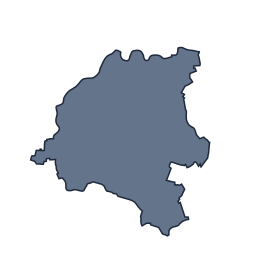 Binh Giang, Hải Dương, Vietnam (Mercator projection), rotated 286°
{"feature_id": "81297802B56696175700764", "entity_name": "Binh Giang", "entity_type": "district", "adm_level": 2, "iso_a3": "VNM", "parent_name": "Vietnam", "parent_adm1": "Hải Dương", "projection": "mercator", "projection_center": [106.189, 20.876], "detail": "fine", "context": "isolated", "style": "filled", "palette": "slate", "viewbox_px": 256, "rotation_deg": 286, "n_neighbors": 0, "source": "geoboundaries", "source_scale": "gbopen_adm2", "svg_char_len": 5768}
<svg xmlns="http://www.w3.org/2000/svg" viewBox="0 0 256 256"><g transform="rotate(286 128 128)"><path d="M56.8,211.4L58.9,210.5L58.7,209.2L58.1,207.3L62.4,204.4L68.8,200.1L70.9,198.6L69.7,197.6L70.7,196.8L71.5,196.2L72.8,196.9L73.5,197.3L75.0,196.4L77.0,197.8L77.7,198.2L78.8,198.5L80.1,198.5L83.3,199.1L84.8,199.3L88.3,195.5L88.8,195.0L87.7,193.8L87.0,193.0L87.0,192.7L87.2,191.4L86.9,190.8L86.4,190.1L86.2,189.4L86.7,189.2L86.6,188.5L87.3,188.3L88.8,187.9L88.5,185.9L88.4,182.4L88.3,179.3L90.2,179.6L98.4,180.3L101.2,180.5L101.7,179.0L102.2,178.5L103.0,178.1L104.0,178.1L106.8,178.5L107.1,179.1L107.3,180.2L107.3,181.0L107.2,183.0L107.1,184.2L107.0,187.8L107.1,189.6L107.5,192.3L107.5,192.6L108.5,193.1L108.8,193.4L108.3,193.9L106.4,195.5L106.2,195.7L106.4,196.0L107.7,197.8L108.6,198.6L109.3,199.1L111.4,200.8L113.4,201.0L113.9,202.6L113.4,203.4L111.8,205.3L110.7,206.4L113.3,207.3L111.7,208.2L110.9,208.7L110.7,208.9L119.0,212.0L120.3,212.5L120.9,212.8L125.0,212.4L125.7,212.4L132.8,211.1L136.7,210.4L136.5,209.6L136.8,209.4L138.1,207.9L138.4,207.2L138.8,205.7L139.1,205.0L140.1,203.5L139.9,203.0L139.0,201.9L137.5,200.0L138.1,199.1L140.3,195.7L144.2,193.1L144.9,192.6L145.7,191.7L146.2,190.9L146.7,188.6L147.4,186.3L148.0,185.4L148.9,184.4L150.6,182.8L151.5,182.2L152.5,181.7L153.9,181.2L156.5,180.4L157.9,180.1L160.7,179.3L161.0,178.8L161.3,178.4L166.1,176.0L167.6,175.3L171.0,173.6L171.8,173.8L172.4,174.0L172.8,172.8L173.1,172.1L174.8,172.7L175.8,173.0L176.7,169.5L182.2,170.9L183.7,171.2L183.8,171.2L186.0,173.7L186.8,174.6L189.3,176.7L190.0,177.4L191.2,176.2L192.9,174.0L193.5,173.4L194.5,173.1L197.5,172.6L201.5,177.9L204.0,175.9L203.5,174.8L204.5,174.5L205.7,174.2L206.7,176.6L207.8,179.8L208.6,179.8L209.5,179.7L210.0,179.5L211.0,179.0L214.6,177.2L216.0,176.4L217.0,175.6L217.4,175.4L218.4,175.3L219.4,175.6L220.9,175.5L220.6,173.5L220.6,171.6L220.4,169.8L220.4,169.1L219.7,165.1L219.6,163.3L219.8,161.2L220.2,158.2L220.1,157.1L219.3,154.9L219.0,154.5L218.5,154.1L218.0,154.1L215.4,154.7L213.7,154.8L212.9,154.7L212.3,154.6L211.7,154.2L211.3,153.6L210.6,152.1L210.2,150.0L209.7,149.9L208.6,150.4L206.0,146.5L205.2,145.0L204.7,143.9L204.8,142.1L206.0,139.6L206.2,138.4L206.2,136.5L205.7,134.4L205.4,133.2L204.5,131.3L204.0,130.5L203.3,130.0L202.2,129.5L201.0,129.3L199.6,129.0L199.0,128.8L198.3,128.0L198.0,127.1L197.9,126.4L198.1,125.7L198.4,125.1L199.1,124.5L200.1,123.7L202.1,122.8L204.1,120.9L205.1,119.5L205.4,118.8L205.5,118.0L205.5,116.7L204.9,114.5L204.0,112.6L203.3,111.5L202.4,110.9L201.2,110.6L198.5,110.2L197.4,110.1L196.3,110.2L194.5,110.2L193.9,110.0L192.9,109.3L192.6,109.0L192.4,108.4L192.1,107.7L192.1,106.6L192.1,105.7L192.2,105.0L192.3,104.4L192.7,103.6L193.3,102.6L193.9,102.0L194.6,101.5L195.5,100.9L196.2,100.6L197.0,100.4L198.5,100.3L198.8,100.1L199.2,99.6L199.6,96.8L199.6,95.4L199.4,94.9L199.0,94.5L198.5,94.1L197.7,93.8L196.8,93.3L195.8,92.6L195.1,92.2L194.1,91.0L192.3,89.0L191.8,88.6L189.8,87.4L188.9,87.0L188.1,86.8L185.3,86.0L183.4,85.7L177.9,84.9L176.8,84.8L174.6,85.0L173.7,85.0L170.9,83.9L170.0,83.4L168.9,82.6L167.8,81.8L166.9,80.9L166.4,80.3L166.2,79.8L165.9,79.2L164.8,75.8L163.6,73.0L163.2,72.3L162.7,71.6L162.3,71.1L161.7,70.6L160.8,70.1L159.8,69.6L156.1,68.0L153.6,66.6L152.5,65.8L151.5,64.8L150.6,64.2L149.1,62.6L148.4,62.0L147.6,61.4L146.4,60.6L144.1,59.5L142.2,58.8L141.1,58.5L140.1,58.3L139.2,58.1L137.7,58.2L136.6,58.5L135.6,58.6L134.6,58.6L133.8,58.4L133.2,58.1L132.2,57.2L131.3,56.2L130.8,55.4L130.5,54.9L129.9,54.1L129.4,53.5L129.0,53.2L128.6,53.1L128.1,53.2L127.5,53.4L125.5,54.4L123.7,55.4L122.8,55.8L121.9,56.1L117.9,56.2L117.1,56.3L116.0,56.5L114.2,57.0L113.3,57.6L112.4,58.3L111.8,58.8L111.1,59.7L110.0,61.2L109.6,61.7L109.3,61.9L108.8,62.1L106.9,62.3L106.1,62.2L105.3,61.9L104.1,61.2L101.3,59.3L100.5,58.8L99.0,58.8L98.4,58.9L97.8,59.0L97.2,59.3L96.4,57.0L96.2,56.2L96.0,55.6L95.6,55.2L94.7,53.4L94.6,53.1L93.3,53.5L92.9,52.4L92.7,51.9L92.4,51.8L91.6,51.8L89.8,52.3L89.7,52.1L88.0,52.6L86.0,53.1L83.2,53.6L82.5,50.9L83.7,50.6L83.5,49.4L82.2,49.7L81.8,47.9L81.2,46.0L75.8,46.2L74.5,43.2L70.5,43.2L70.2,47.6L68.3,49.9L68.9,52.7L69.8,56.6L72.7,56.5L73.2,58.4L73.4,58.7L76.0,58.0L76.8,60.1L77.1,61.1L75.9,61.5L76.3,63.1L76.8,64.5L77.8,67.0L77.0,67.2L75.8,67.4L74.7,67.7L73.6,68.2L72.5,68.7L71.8,69.3L71.2,69.6L69.5,70.1L68.8,70.5L68.0,71.0L67.0,71.9L65.4,73.4L64.2,72.4L63.0,73.4L60.8,75.3L60.2,75.7L60.6,76.3L61.8,78.2L61.5,79.1L60.4,80.9L59.8,81.8L59.3,82.3L57.8,83.4L55.8,84.1L53.2,84.9L52.4,85.4L51.9,85.9L51.5,86.5L51.4,87.0L51.4,87.9L51.8,89.5L52.0,90.2L52.6,91.3L53.2,92.2L54.0,93.6L54.2,94.4L54.3,95.2L54.4,98.5L54.7,101.6L55.1,102.1L55.6,102.7L56.2,102.9L59.6,103.6L60.6,104.0L61.6,104.2L62.3,104.2L63.1,104.4L63.6,105.1L64.7,107.1L66.0,108.5L66.6,109.3L66.7,110.0L66.6,112.4L66.7,114.1L66.6,116.2L66.7,118.1L66.3,119.5L65.8,120.7L64.8,121.8L63.7,122.6L62.0,124.2L61.5,125.3L61.7,126.9L61.8,130.0L61.6,130.8L61.2,131.5L61.0,132.1L61.1,132.9L61.3,133.5L61.4,134.3L61.4,134.9L61.1,135.5L60.8,136.0L60.2,136.4L59.8,136.9L59.6,137.5L59.6,138.4L59.6,141.8L59.6,146.7L59.6,148.3L59.5,150.0L59.5,151.2L58.8,154.3L57.8,156.0L57.2,156.9L55.1,159.5L53.6,161.7L53.2,162.6L52.2,164.7L51.6,164.7L48.8,164.5L47.4,164.5L46.5,164.5L46.0,164.7L45.6,165.0L44.7,165.4L41.8,166.1L40.6,166.6L38.8,167.6L37.8,168.5L40.3,170.9L41.1,171.6L41.6,172.2L42.6,175.9L41.2,176.4L41.1,177.6L40.9,184.4L40.8,185.0L36.2,189.8L35.7,190.5L35.6,190.9L35.6,193.5L35.4,194.7L35.1,195.4L35.4,195.8L36.4,196.5L36.6,196.8L38.4,196.2L39.2,196.0L40.5,195.8L41.1,195.8L41.6,195.9L42.4,196.2L43.2,196.7L43.8,197.1L44.5,197.7L45.0,198.3L45.6,199.2L46.6,201.1L47.8,202.8L48.4,203.3L48.9,203.6L49.8,203.9L51.0,204.6L52.5,205.6L53.2,206.1L54.4,207.4L56.0,209.6L56.3,210.3L56.8,211.4Z" fill="#64748b" stroke="#1e293b" stroke-width="1.5"/></g></svg>